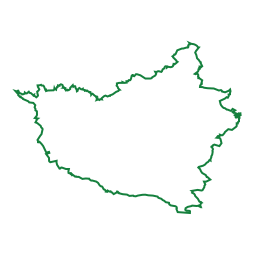 the district of Cristolt, Salaj, Romania
{"feature_id": "2599482B97818467423140", "entity_name": "Cristolt", "entity_type": "district", "adm_level": 2, "iso_a3": "ROU", "parent_name": "Romania", "parent_adm1": "Salaj", "projection": "robinson", "projection_center": [23.442, 47.218], "detail": "fine", "context": "isolated", "style": "outline", "palette": "green", "viewbox_px": 256, "rotation_deg": 0, "n_neighbors": 0, "source": "geoboundaries", "source_scale": "gbopen_adm2", "svg_char_len": 5687}
<svg xmlns="http://www.w3.org/2000/svg" viewBox="0 0 256 256"><path d="M200.6,206.2L200.2,205.1L201.2,202.9L201.7,202.7L200.8,201.9L199.6,201.8L199.2,201.3L197.9,198.8L195.2,196.0L194.8,194.7L194.0,193.7L192.1,192.7L192.7,191.6L191.8,190.9L197.6,189.9L201.5,190.5L202.5,190.2L204.3,187.2L204.4,185.8L205.3,184.5L204.0,181.6L206.2,181.6L210.3,179.6L207.3,176.9L206.7,177.0L205.8,175.1L202.2,173.0L201.0,171.3L200.1,169.2L198.3,167.5L198.8,166.9L203.1,165.7L205.0,164.6L206.7,162.7L207.9,162.1L209.2,160.6L209.2,160.3L209.6,160.0L210.5,160.5L210.4,159.6L211.4,157.0L211.3,156.3L212.2,154.7L212.7,151.7L212.4,150.9L213.0,149.1L211.8,147.0L211.4,146.8L211.6,146.4L212.6,146.2L212.9,145.3L214.3,144.6L219.4,146.1L221.5,143.2L220.5,139.1L219.2,137.4L218.5,137.3L218.1,137.9L216.7,137.7L217.3,137.2L217.3,136.7L218.0,136.0L219.3,136.1L220.0,135.7L219.9,134.7L221.6,135.3L222.6,135.2L224.4,133.2L224.9,132.1L228.3,129.2L232.0,129.9L236.2,126.7L236.7,126.0L236.7,123.3L237.8,123.4L238.0,122.1L239.0,121.4L239.0,118.2L239.5,118.0L239.3,115.5L240.6,115.1L240.4,113.4L239.6,113.7L239.0,113.3L237.7,115.3L237.3,117.3L236.0,117.6L235.7,117.4L236.0,115.5L235.0,115.5L234.7,115.2L236.9,113.7L233.6,112.5L233.4,112.7L233.2,112.5L233.5,112.2L232.9,111.9L235.2,110.3L232.6,108.9L231.5,110.4L230.6,110.8L227.6,109.6L226.8,109.6L224.9,108.2L223.8,108.0L222.8,107.3L221.2,105.4L220.6,104.2L219.8,101.0L224.9,98.6L226.6,97.2L227.8,97.7L228.8,95.9L228.6,94.5L230.0,94.3L230.0,93.0L230.5,91.2L230.1,89.5L228.9,90.7L225.1,92.3L222.0,91.5L221.8,90.7L221.0,90.1L218.9,90.5L213.8,88.5L207.5,88.2L204.0,87.7L202.6,87.1L200.0,87.0L200.2,85.4L201.8,84.0L201.8,83.2L201.4,83.1L202.2,80.3L199.4,78.3L198.5,78.2L198.8,77.4L198.0,76.8L198.3,75.1L197.3,73.4L195.6,74.2L194.8,73.9L198.0,71.5L198.4,70.6L198.3,70.1L198.6,69.8L198.6,69.1L199.2,68.9L200.0,69.8L199.6,69.0L199.8,68.3L199.4,67.6L200.1,67.4L199.8,66.5L200.5,66.5L200.7,67.5L202.2,66.2L200.6,63.0L200.8,62.3L199.9,61.7L198.9,60.1L197.1,58.3L196.3,54.9L195.2,52.6L196.0,51.0L198.9,47.4L197.9,47.2L197.0,45.9L195.5,44.9L193.8,44.2L191.3,43.8L189.5,43.0L190.3,44.1L189.8,44.5L189.0,44.3L188.2,45.4L188.4,46.3L187.9,46.9L188.1,47.3L187.8,47.6L187.0,47.4L183.4,48.5L182.0,48.5L177.3,50.3L175.5,54.2L174.8,54.7L174.3,54.5L173.5,55.7L172.6,56.3L173.0,56.6L173.1,57.3L176.4,60.6L176.6,61.4L177.5,61.9L175.2,63.9L173.8,63.9L174.0,64.6L173.2,65.0L172.9,66.2L172.3,66.7L170.8,67.2L167.9,66.8L167.0,67.5L167.1,66.4L165.4,66.3L164.5,67.4L164.4,68.3L162.7,69.3L161.9,71.3L161.3,71.9L158.7,71.2L157.5,71.4L156.7,72.0L155.2,71.8L156.2,73.8L155.3,75.5L152.2,77.3L151.6,78.2L150.4,78.5L145.3,78.5L140.4,75.3L137.2,74.3L136.0,74.2L134.2,76.2L133.4,76.0L132.9,75.0L132.5,75.0L131.7,75.7L131.0,78.8L130.3,80.1L128.8,80.1L128.2,80.8L128.2,81.2L126.5,81.2L126.7,82.6L124.5,82.9L122.6,82.1L122.8,82.9L118.9,82.9L116.9,83.4L117.0,84.5L116.6,85.7L117.6,86.7L118.2,88.4L119.7,89.8L119.2,89.9L118.3,91.0L116.2,91.8L112.6,94.4L109.9,95.4L109.9,95.9L108.9,95.9L107.6,96.5L105.5,95.6L104.2,96.1L101.7,98.2L101.5,98.5L101.9,99.4L100.6,99.2L99.8,99.4L99.5,100.0L98.1,99.5L96.7,100.0L97.3,98.8L96.8,98.8L96.9,98.3L96.4,97.6L97.2,96.9L96.9,96.5L96.1,96.5L94.7,95.7L92.5,93.7L91.8,93.9L91.2,94.7L91.1,93.6L90.4,92.8L90.4,92.1L89.7,91.9L89.3,92.3L87.0,90.5L86.3,91.0L85.5,90.4L84.8,90.7L84.6,90.0L82.9,89.6L82.8,88.8L82.1,89.3L81.2,89.3L79.3,88.0L78.1,89.1L77.5,91.0L76.9,91.3L76.7,89.8L75.7,88.2L75.2,86.3L74.2,86.2L73.3,86.8L72.8,85.1L70.2,87.8L70.2,89.0L68.6,90.2L67.6,89.8L67.2,90.4L66.6,90.2L66.0,90.4L65.8,89.4L65.1,89.3L65.3,88.1L63.6,87.9L64.2,87.6L63.7,87.1L62.8,87.1L62.8,85.8L62.4,84.9L60.9,84.3L59.6,85.1L59.5,85.8L57.9,85.4L57.7,86.9L57.1,87.0L57.1,87.5L56.3,88.1L56.1,89.7L54.6,88.8L54.4,88.3L54.2,89.6L53.6,90.3L47.9,90.5L46.1,91.0L46.0,89.6L45.3,89.8L44.0,86.4L43.3,85.6L41.6,85.5L41.1,84.8L39.5,85.3L37.6,85.4L37.9,86.9L39.3,89.3L38.5,90.6L37.2,91.6L37.5,93.8L38.0,95.3L37.6,96.2L36.3,97.3L34.9,96.1L33.9,95.9L34.1,94.7L33.2,95.2L30.9,93.1L29.5,92.8L28.8,91.7L26.8,93.4L25.9,93.4L24.8,92.5L24.6,93.7L22.8,94.4L19.2,92.8L18.3,90.7L17.6,90.8L17.1,91.5L15.4,91.0L18.4,94.4L18.5,94.8L18.3,95.2L20.1,97.0L20.7,96.6L21.0,97.4L22.9,98.5L23.0,99.0L28.3,101.3L29.2,102.4L33.3,102.9L35.3,105.2L34.6,107.3L35.5,109.0L35.4,110.3L36.9,111.3L37.0,114.8L36.7,115.8L34.9,118.0L37.9,118.5L37.1,119.1L36.5,120.0L36.6,120.3L35.5,122.4L37.3,123.1L40.7,125.9L41.2,127.4L42.4,128.5L42.6,129.2L41.5,134.2L40.2,135.8L37.5,140.0L38.0,140.9L38.0,142.2L38.8,142.3L39.5,141.8L41.6,144.0L43.2,146.1L46.3,152.6L49.0,151.9L49.3,152.9L46.1,154.0L49.0,157.9L49.1,161.0L49.4,161.5L50.3,162.2L56.6,160.8L56.5,162.5L57.1,164.8L59.5,168.6L60.3,168.5L61.1,167.6L61.7,167.5L65.9,169.0L68.9,169.0L68.4,171.2L68.5,172.9L70.0,173.6L69.7,173.2L70.8,173.1L70.9,174.1L71.8,174.0L72.2,174.4L72.1,175.2L73.2,175.1L75.2,176.7L76.0,176.4L76.8,176.9L78.8,176.9L82.4,178.9L85.7,178.5L89.2,178.7L89.5,179.4L91.2,180.6L92.2,180.5L96.3,181.6L98.1,182.9L99.7,185.4L100.9,186.3L101.8,186.4L102.4,186.9L103.7,189.3L104.6,189.6L105.8,190.6L105.7,191.6L107.2,191.8L107.7,190.6L109.3,191.6L110.6,191.3L111.2,192.2L111.8,192.3L113.7,194.1L116.6,192.5L117.1,191.5L117.7,191.7L117.7,192.0L118.6,192.6L118.2,192.8L118.4,193.1L122.7,194.2L127.0,194.6L129.4,195.9L133.2,195.6L133.8,196.1L135.8,196.3L137.8,195.6L142.4,194.8L145.3,194.7L148.3,195.3L152.9,195.6L157.6,196.6L158.4,197.8L161.4,198.8L162.6,200.0L164.1,200.7L165.8,202.2L169.0,202.8L169.3,204.4L170.7,205.4L175.3,206.2L176.4,206.8L176.9,208.1L176.4,208.9L177.7,212.1L189.9,213.0L190.0,211.3L189.7,210.9L186.3,210.6L185.3,209.8L185.6,208.2L187.7,206.9L191.6,206.0L192.1,205.6L196.6,206.0L198.1,205.8L200.1,206.8L199.9,205.8L200.6,206.2Z" fill="none" stroke="#15803d" stroke-width="2"/></svg>